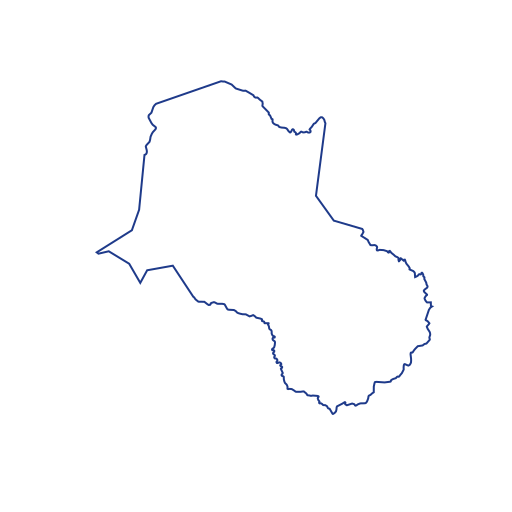 Gualcince, Lempira, Honduras (orthographic projection), rotated 242°
{"feature_id": "27666195B50739684547416", "entity_name": "Gualcince", "entity_type": "district", "adm_level": 2, "iso_a3": "HND", "parent_name": "Honduras", "parent_adm1": "Lempira", "projection": "orthographic", "projection_center": [-88.598, 14.136], "detail": "fine", "context": "isolated", "style": "outline", "palette": "blue", "viewbox_px": 512, "rotation_deg": 242, "n_neighbors": 0, "source": "geoboundaries", "source_scale": "gbopen_adm2", "svg_char_len": 6067}
<svg xmlns="http://www.w3.org/2000/svg" viewBox="0 0 512 512"><g transform="rotate(242 256 256)"><path d="M340.6,379.6L342.0,379.7L344.1,380.2L345.7,380.1L346.7,379.8L347.4,379.5L347.8,378.9L348.1,378.2L347.8,376.5L345.5,370.9L345.6,369.1L343.9,366.0L342.9,363.2L342.5,362.7L341.5,363.0L340.6,362.8L340.0,362.4L339.8,361.7L340.0,360.8L340.5,360.1L341.0,359.6L341.8,359.2L342.1,358.8L342.3,357.2L342.9,355.8L343.4,355.2L344.3,354.6L344.6,354.2L344.6,353.6L344.2,352.6L344.0,351.4L344.0,349.5L344.3,348.5L344.8,348.4L345.5,348.9L346.2,349.0L346.8,348.8L347.8,348.2L349.4,348.6L350.1,348.4L350.6,348.1L350.7,347.7L350.5,347.0L349.6,345.8L349.1,344.9L349.0,344.3L349.3,343.9L351.2,343.3L353.4,343.1L354.5,342.7L355.8,341.4L357.4,338.9L358.7,337.4L359.3,337.0L360.4,336.9L361.0,336.7L362.8,334.9L364.0,334.1L365.2,333.6L365.9,333.5L367.0,333.7L368.9,334.8L369.2,334.7L369.7,334.1L373.5,334.4L374.9,333.8L375.5,333.9L376.2,334.5L376.7,334.6L385.2,332.1L385.7,332.2L387.3,333.4L389.4,334.1L392.2,332.8L394.6,332.0L395.3,331.6L395.9,330.2L396.7,329.5L397.8,329.1L399.1,329.2L403.6,326.5L406.6,324.6L407.1,324.1L407.4,323.1L408.3,321.8L413.3,316.9L414.2,316.5L418.8,315.0L424.8,310.2L425.6,308.7L426.7,307.2L437.3,239.2L436.7,237.1L435.7,235.3L431.6,230.9L430.7,227.6L430.0,226.8L428.5,226.1L422.6,226.1L420.4,226.4L417.0,227.9L416.4,227.9L415.9,227.7L415.1,226.8L413.8,223.1L412.8,221.4L410.8,218.9L408.4,217.1L406.8,215.6L405.4,211.5L404.6,210.2L404.1,210.0L400.7,209.2L399.1,208.5L398.1,207.6L397.7,207.0L397.5,206.0L397.6,205.0L351.7,174.5L337.0,158.5L334.0,117.1L332.0,118.0L329.3,128.2L308.7,140.4L286.6,141.2L294.5,153.2L286.5,178.0L249.4,181.5L248.5,182.0L246.9,182.1L245.7,182.4L242.7,183.7L239.8,188.9L236.0,190.6L234.9,191.3L234.6,192.1L234.5,192.7L234.8,193.3L235.4,193.7L235.5,194.6L235.0,197.2L234.0,198.1L232.0,199.4L229.6,203.8L228.4,205.3L227.8,205.6L222.9,205.7L222.0,206.0L221.3,206.8L218.7,211.1L217.0,212.2L214.9,212.8L213.9,213.5L212.5,214.9L210.8,216.9L209.3,219.6L205.7,222.0L205.3,223.9L205.2,225.4L205.0,225.9L203.1,226.8L201.4,227.3L198.7,230.5L197.5,231.5L197.0,231.5L196.5,231.0L195.9,230.8L195.4,231.1L194.8,231.9L194.2,232.3L193.7,232.3L192.9,232.0L192.6,232.1L190.8,235.5L190.4,235.4L190.3,234.7L189.9,234.4L188.0,234.4L185.6,233.6L184.7,233.8L183.6,234.5L182.8,234.6L181.8,234.3L180.1,233.4L178.3,233.3L177.4,233.5L176.4,234.5L175.7,234.6L175.3,234.1L175.8,232.8L175.7,232.3L175.4,231.9L174.8,231.6L174.2,231.5L173.6,231.6L172.0,232.4L171.3,232.4L170.6,232.1L168.5,230.7L166.9,229.2L166.5,228.3L166.4,226.9L165.8,226.2L165.2,226.2L164.5,227.4L164.1,227.6L163.6,227.6L162.9,227.1L162.6,225.9L162.1,225.4L161.3,225.3L160.2,225.9L159.4,226.0L158.8,225.6L158.2,224.6L157.6,224.4L156.8,224.5L155.8,225.8L154.7,226.1L154.2,226.0L153.6,225.7L152.8,224.3L152.3,224.2L151.8,224.2L151.3,224.9L151.3,226.1L151.1,226.7L150.2,227.5L149.2,227.7L148.6,227.5L148.4,226.5L147.9,226.0L147.2,226.1L146.5,226.8L145.8,227.0L145.4,226.8L145.1,226.5L145.0,225.3L144.7,225.0L140.2,224.7L139.7,224.2L139.3,223.0L138.7,222.6L137.9,222.7L137.0,223.6L136.4,223.8L135.7,223.5L134.1,222.7L131.8,222.1L130.2,222.0L128.4,222.6L127.2,222.7L125.6,222.4L124.3,221.6L123.9,221.5L123.4,221.9L122.9,223.3L121.7,225.1L119.5,226.4L117.8,227.2L117.3,227.6L115.2,231.5L114.5,233.5L114.0,234.6L111.4,235.7L110.1,236.0L109.1,236.0L108.7,236.3L108.0,237.4L106.7,238.9L106.1,240.7L103.8,244.3L103.1,245.1L102.7,245.3L102.3,245.2L101.9,244.2L101.3,243.7L99.6,243.4L97.7,243.7L97.3,243.4L96.9,242.9L96.4,242.8L95.9,243.1L95.6,243.9L95.2,244.4L94.5,244.8L92.9,245.3L92.5,245.8L91.9,247.0L90.4,248.0L89.7,248.2L88.5,248.1L87.7,248.2L87.2,248.5L86.7,249.2L86.4,249.3L81.3,249.5L80.6,249.6L80.4,249.9L80.5,251.6L81.2,253.6L82.6,254.9L84.6,256.2L85.2,257.0L85.1,262.8L85.3,265.7L85.1,266.0L84.6,266.1L83.9,265.4L83.2,265.2L81.6,266.1L81.5,266.4L80.6,271.6L79.1,273.1L78.5,273.3L77.6,273.3L77.1,273.7L77.0,274.5L77.2,276.4L76.9,278.9L74.8,283.1L74.7,284.1L75.1,285.1L75.8,286.2L77.6,288.2L79.2,289.4L79.6,289.9L79.7,290.4L79.6,291.8L80.2,294.1L80.4,296.0L85.4,298.7L87.8,300.7L88.7,301.6L88.8,302.0L88.3,303.3L84.0,310.2L82.0,315.5L82.0,316.1L82.8,316.8L83.0,317.5L83.0,319.4L82.5,322.1L83.0,323.5L83.1,324.2L82.9,324.7L82.4,325.3L82.4,325.8L83.2,327.5L84.1,329.8L86.2,332.8L86.6,333.2L88.1,333.9L89.7,334.9L90.4,335.5L90.8,336.1L90.8,336.4L90.6,336.7L88.1,338.7L87.7,339.1L87.7,340.5L88.5,342.0L89.3,342.9L90.7,343.8L92.5,344.7L96.6,346.3L97.4,346.8L97.9,347.3L97.9,347.8L97.4,348.5L97.4,349.1L98.5,351.1L99.3,353.0L100.4,356.5L98.8,361.1L99.2,363.4L98.7,365.4L100.4,369.9L100.9,370.4L102.1,370.6L102.8,370.9L104.6,372.8L106.2,373.5L107.7,373.7L110.9,373.4L113.4,373.6L113.7,374.0L114.7,376.7L115.2,377.5L117.6,377.0L118.6,376.5L119.6,375.8L120.1,375.8L127.3,383.4L128.5,385.6L128.8,387.7L129.4,387.1L129.8,387.0L133.0,388.6L134.6,385.4L134.9,385.1L137.1,384.7L139.2,384.8L139.8,385.2L140.7,386.6L141.1,387.6L141.3,388.7L141.6,388.9L145.2,387.7L146.1,387.7L146.6,387.9L146.9,388.4L147.2,389.2L147.7,392.2L148.1,392.8L148.6,393.2L149.3,393.3L150.7,393.2L152.6,393.8L156.6,393.8L158.1,394.7L158.5,394.6L159.4,394.2L161.1,394.9L162.9,394.9L163.3,394.7L163.4,394.3L162.6,393.6L162.4,392.9L162.6,392.4L163.2,391.8L163.3,391.3L162.6,389.4L162.6,387.7L162.7,386.6L166.1,388.1L166.9,388.3L168.0,388.1L169.0,387.7L172.0,385.3L172.3,385.3L172.9,385.9L173.4,386.0L175.1,385.9L178.6,385.2L180.6,385.3L182.2,385.7L182.9,385.7L183.1,385.3L182.5,384.7L182.5,384.2L185.8,382.9L186.1,382.6L186.0,382.3L185.3,382.0L184.9,381.5L184.2,379.9L184.3,379.7L185.8,380.0L186.9,380.8L187.5,380.8L188.7,380.2L190.3,378.9L192.4,378.2L195.2,377.0L197.0,376.7L197.7,376.5L197.8,375.8L197.6,375.6L196.8,375.3L196.7,375.0L196.8,374.6L197.4,374.2L198.3,374.1L198.8,373.9L201.3,371.4L203.4,368.0L203.6,366.5L203.9,365.8L204.2,365.5L204.6,365.5L205.4,365.8L206.9,367.1L207.5,367.2L208.3,367.0L209.2,366.6L210.0,365.8L211.0,363.5L211.9,362.2L215.5,362.0L217.7,362.2L224.4,358.4L224.7,358.6L225.5,360.3L226.8,362.2L229.0,362.6L230.0,362.5L250.7,341.3L281.0,337.2L340.6,379.6Z" fill="none" stroke="#1e3a8a" stroke-width="2"/></g></svg>